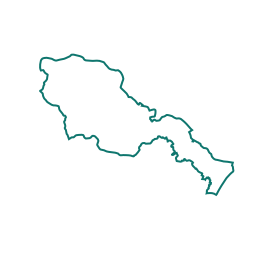 Duy Xuyen, Quàng Nam, Vietnam (Mercator projection), rotated 45°
{"feature_id": "81297802B11134761285152", "entity_name": "Duy Xuyen", "entity_type": "district", "adm_level": 2, "iso_a3": "VNM", "parent_name": "Vietnam", "parent_adm1": "Quàng Nam", "projection": "mercator", "projection_center": [108.241, 15.795], "detail": "fine", "context": "isolated", "style": "outline", "palette": "teal", "viewbox_px": 256, "rotation_deg": 45, "n_neighbors": 0, "source": "geoboundaries", "source_scale": "gbopen_adm2", "svg_char_len": 5828}
<svg xmlns="http://www.w3.org/2000/svg" viewBox="0 0 256 256"><g transform="rotate(45 128 128)"><path d="M20.9,145.1L23.1,147.4L24.2,148.2L25.2,148.7L25.8,148.9L26.6,147.7L27.2,147.0L27.6,147.0L29.7,147.6L31.0,147.6L33.2,147.1L33.6,147.2L33.8,147.5L35.0,149.2L36.1,150.6L36.3,151.1L36.6,152.6L36.5,155.1L36.7,155.6L37.0,155.8L37.9,156.2L38.2,156.7L38.3,157.6L40.0,160.4L40.1,161.4L40.0,162.4L39.6,163.7L39.6,163.8L39.8,164.0L42.9,163.9L43.4,164.0L44.9,165.1L45.8,165.6L47.7,166.3L48.5,166.4L50.6,166.4L51.3,166.6L52.1,166.7L53.6,166.5L57.5,165.6L58.6,165.1L59.4,164.6L60.7,163.4L62.1,162.4L63.5,161.7L63.8,161.8L64.5,162.2L65.8,163.1L67.2,163.7L71.8,164.2L73.3,164.7L74.0,164.6L74.6,163.9L75.5,163.9L76.1,164.1L76.5,164.3L76.9,165.7L78.0,166.9L78.3,168.5L78.5,168.8L79.2,169.3L81.0,170.1L81.7,170.5L82.4,171.1L82.9,171.8L83.2,172.6L83.6,172.9L84.0,173.1L84.9,173.2L85.6,173.4L88.7,175.5L90.2,175.7L94.1,177.6L94.7,174.8L94.9,174.3L96.0,173.2L96.2,172.8L96.3,170.4L96.6,169.6L97.9,167.9L100.1,165.5L101.3,164.7L101.7,164.7L102.1,164.8L103.7,165.5L104.5,165.5L105.5,165.3L105.9,164.9L107.9,162.5L108.2,161.8L108.4,161.2L108.3,159.4L108.5,158.6L108.8,158.3L109.5,157.7L110.8,157.2L114.6,157.3L115.3,157.6L116.1,158.0L116.5,158.6L117.9,161.4L118.1,161.6L118.4,161.8L119.1,162.0L122.3,162.7L123.5,162.7L124.0,162.5L126.8,160.7L129.4,159.7L131.1,158.6L136.3,154.6L137.3,154.0L139.0,153.1L140.5,153.1L141.4,152.9L142.1,152.5L143.9,150.4L145.9,148.5L147.9,146.7L149.5,145.5L150.8,144.9L151.8,144.3L152.1,143.7L151.8,143.1L152.4,141.8L152.4,141.3L152.2,138.4L151.7,135.4L151.5,135.1L151.2,135.0L150.6,134.8L150.0,134.4L149.7,134.0L149.4,133.5L149.4,131.4L148.9,130.3L148.9,128.9L149.1,128.3L149.6,127.7L150.1,127.1L150.7,126.8L151.4,126.7L151.9,126.3L154.5,123.4L154.7,123.1L154.7,121.9L154.4,120.3L154.1,119.3L154.5,118.3L154.7,116.8L155.2,116.3L156.0,115.1L156.1,114.8L156.1,114.4L155.9,113.8L155.3,112.8L155.5,112.3L156.2,111.6L156.5,111.5L157.3,111.5L159.1,110.9L159.2,110.7L159.1,110.3L159.1,110.1L159.4,109.9L161.5,109.5L161.7,109.4L161.8,109.2L161.7,107.6L161.8,107.5L163.2,108.3L163.7,108.2L163.9,108.3L165.6,109.5L165.7,109.4L165.6,108.4L165.7,108.1L166.8,107.0L168.7,106.7L169.9,106.9L170.8,107.3L171.3,107.2L171.4,107.3L171.5,107.7L171.1,108.9L171.0,109.5L171.2,109.9L171.5,110.3L171.7,110.5L172.4,110.4L172.7,110.2L173.1,109.7L173.3,109.6L173.5,109.6L174.8,110.8L175.5,111.3L176.5,111.5L177.5,111.4L177.9,111.6L178.1,111.9L178.2,112.3L177.9,114.3L177.9,115.4L177.9,115.7L178.0,115.8L178.4,115.7L178.9,115.2L179.3,113.6L179.6,111.9L180.0,111.2L181.2,111.8L182.4,112.1L182.6,112.2L182.9,113.1L182.8,114.4L182.9,114.9L183.4,115.6L185.8,116.9L186.0,116.8L188.8,114.8L189.6,113.7L189.2,113.0L189.4,112.7L190.1,112.1L190.4,111.8L190.5,111.6L190.4,111.5L189.8,110.6L189.8,110.1L190.0,109.9L190.6,109.8L191.8,109.9L192.6,109.7L193.2,109.0L193.9,107.7L194.3,107.4L194.8,107.1L197.0,106.6L197.8,106.5L198.5,106.6L198.6,108.0L198.9,108.2L199.3,108.5L199.8,108.7L200.8,108.9L203.4,108.9L204.0,108.9L204.6,109.1L204.8,109.0L205.1,108.4L206.7,108.7L208.3,109.0L209.0,108.9L210.6,108.4L212.3,107.7L212.6,107.7L212.8,107.8L213.6,109.4L215.3,108.8L215.5,108.9L216.6,111.6L218.5,110.0L218.9,109.9L219.2,109.9L218.9,109.1L218.9,107.2L219.7,107.1L219.7,106.2L221.0,106.0L221.2,106.6L222.1,106.5L222.4,106.9L223.2,106.8L224.3,108.7L225.1,108.2L225.4,108.1L225.9,108.7L226.1,109.0L226.2,109.4L226.0,110.1L225.7,110.3L225.5,110.6L225.7,111.2L225.9,111.4L226.5,111.4L226.7,111.7L227.0,113.2L227.1,113.3L227.7,113.5L227.8,113.6L227.8,115.7L227.9,116.2L228.4,117.0L229.0,117.3L229.8,118.6L230.3,117.8L230.6,117.5L232.5,115.5L233.7,114.5L234.8,113.9L235.5,113.5L237.6,113.0L237.5,111.9L237.0,110.5L236.1,107.5L234.9,102.8L233.3,95.1L233.0,93.4L232.9,90.7L232.8,88.4L232.9,86.2L233.1,84.8L233.0,84.3L232.9,84.0L232.4,83.4L231.6,82.9L229.6,81.3L228.8,81.0L228.1,81.0L226.6,78.4L222.4,81.4L219.3,84.0L213.9,87.3L212.4,88.4L211.2,88.9L209.9,89.1L207.6,88.9L206.4,88.3L205.5,87.7L205.1,87.6L203.5,87.9L202.1,87.7L199.6,86.8L198.9,86.8L198.0,86.9L196.9,87.6L195.8,88.5L195.0,88.7L192.3,88.9L191.8,88.8L190.7,88.1L190.2,88.0L189.5,88.5L188.1,88.5L187.1,89.0L183.4,90.0L183.7,91.4L183.1,91.8L182.4,90.4L179.6,90.5L177.5,89.0L175.7,88.2L174.1,87.7L174.8,84.1L173.0,84.2L166.7,83.8L164.0,83.8L162.2,83.9L159.2,84.2L157.9,84.7L157.1,85.3L155.6,87.0L155.0,87.3L153.5,87.9L150.7,88.5L148.0,90.0L146.6,91.0L146.2,91.4L146.0,92.0L145.8,93.2L145.4,94.4L144.4,96.0L144.5,97.8L144.9,100.1L144.7,100.5L144.0,101.6L142.9,102.9L141.4,103.2L140.8,103.5L140.6,103.9L140.4,106.2L140.1,106.1L139.6,106.2L139.3,106.4L139.2,106.4L138.9,105.9L138.4,106.0L137.3,106.0L136.2,104.8L137.1,103.0L138.5,101.4L138.6,101.1L138.6,100.7L137.3,98.6L136.2,97.3L135.4,96.5L135.0,96.2L134.6,96.0L133.9,96.1L133.5,96.3L133.0,96.8L132.0,98.4L130.9,100.5L128.3,99.5L127.5,99.3L126.8,99.4L125.2,100.3L124.1,101.1L122.2,102.4L122.0,101.4L119.2,101.7L118.7,101.9L118.6,102.1L118.7,102.9L119.1,103.6L119.1,103.8L118.8,104.0L118.0,104.1L117.1,104.1L115.8,103.8L115.1,103.8L114.1,103.6L112.4,103.7L110.8,103.9L109.0,103.9L108.5,104.1L108.1,104.3L106.5,105.7L105.2,105.2L102.7,104.6L99.2,104.6L95.8,104.7L94.3,104.6L94.0,104.4L93.8,104.1L91.3,99.2L90.7,97.8L89.9,96.5L87.8,95.2L86.1,94.5L84.0,93.9L82.8,93.8L81.5,93.9L80.1,94.2L78.6,96.1L76.8,97.0L75.1,98.3L74.0,98.8L73.0,99.2L71.9,99.3L69.8,99.1L67.3,99.0L64.7,98.6L64.3,98.7L63.6,99.0L60.4,100.7L58.4,102.4L55.5,105.6L51.1,109.4L50.2,110.1L49.4,110.4L48.8,110.5L48.4,110.5L46.9,110.1L46.5,110.1L45.8,110.2L44.5,110.6L43.0,111.3L39.6,113.4L37.8,114.5L36.8,115.5L36.3,116.1L36.2,116.5L36.2,118.0L36.1,118.6L34.5,122.9L33.8,124.4L31.4,128.0L29.7,130.9L29.2,131.4L28.0,132.1L26.0,132.7L25.1,133.0L22.2,134.9L20.7,136.0L19.3,137.7L18.6,138.9L18.4,139.6L18.4,140.3L18.5,141.1L18.8,142.0L20.9,145.1Z" fill="none" stroke="#0f766e" stroke-width="2"/></g></svg>